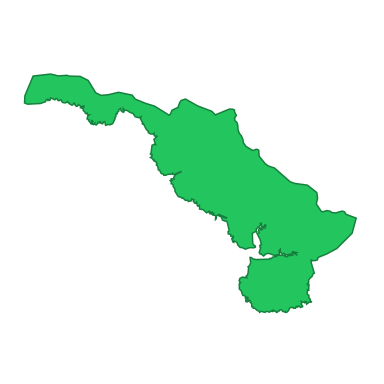 outline of Rull, Federated States of Micronesia, rotated 87°
{"feature_id": "79324940B71932148328417", "entity_name": "Rull", "entity_type": "district", "adm_level": 2, "iso_a3": "FSM", "parent_name": "Federated States of Micronesia", "parent_adm1": "", "projection": "albers", "projection_center": [138.096, 9.488], "detail": "fine", "context": "isolated", "style": "filled", "palette": "green", "viewbox_px": 384, "rotation_deg": 87, "n_neighbors": 0, "source": "geoboundaries", "source_scale": "gbopen_adm2", "svg_char_len": 6039}
<svg xmlns="http://www.w3.org/2000/svg" viewBox="0 0 384 384"><g transform="rotate(87 192 192)"><path d="M94.3,354.6L95.7,351.6L95.7,338.8L94.2,333.6L92.2,332.6L91.8,331.7L93.0,331.1L92.2,330.2L93.1,329.8L92.8,329.0L90.7,328.1L92.8,324.1L91.5,322.8L92.1,321.7L93.5,321.2L93.9,320.1L93.0,318.2L95.6,316.8L96.1,315.7L96.4,313.9L95.9,312.3L95.1,311.8L96.6,310.7L96.5,310.0L97.5,309.8L98.9,307.7L98.9,306.6L97.1,305.4L97.2,304.6L98.7,304.4L100.4,303.0L100.3,301.8L98.7,300.8L100.4,298.8L102.0,299.0L102.0,298.4L100.9,298.2L101.1,297.6L103.2,297.8L101.1,297.1L100.3,296.2L100.6,295.2L103.0,296.3L104.9,296.4L106.5,294.8L107.9,294.3L108.4,293.2L107.8,292.6L110.3,291.9L109.5,291.3L109.5,290.4L110.9,292.2L113.5,293.0L114.3,291.5L113.8,290.9L115.1,291.6L118.8,289.1L118.2,288.2L115.3,288.5L115.5,287.8L116.5,287.4L117.0,288.0L119.2,287.7L119.5,286.7L118.2,285.5L119.4,285.5L120.0,284.0L118.2,282.1L117.4,282.1L118.1,281.1L117.0,279.9L118.5,279.5L119.2,278.2L119.1,277.5L117.3,276.9L117.1,275.5L120.9,274.8L120.2,271.9L120.6,270.6L119.6,267.6L114.8,265.0L113.6,265.2L112.6,264.0L110.4,264.0L109.9,262.5L108.6,262.4L107.3,260.8L106.1,260.9L104.8,259.1L107.1,258.6L108.8,256.7L108.3,255.6L106.5,256.4L105.0,256.3L106.7,255.2L107.2,252.5L109.2,249.9L110.6,246.7L113.9,244.8L115.1,240.7L114.1,238.9L116.0,239.7L120.8,237.5L121.2,238.1L121.6,237.9L121.4,236.9L126.7,234.6L129.6,232.2L130.5,232.5L131.9,230.2L132.1,227.6L131.3,226.8L133.7,226.8L134.2,226.2L134.3,223.4L135.2,225.3L135.8,225.2L137.4,227.3L142.9,225.9L142.4,227.5L143.3,229.5L151.1,230.9L151.8,231.6L152.6,230.9L152.6,229.9L154.4,230.3L155.4,231.7L156.4,229.9L158.2,228.9L158.1,228.1L159.4,228.0L159.6,226.4L161.2,226.1L161.9,225.2L163.1,226.2L164.5,224.9L168.3,224.4L168.5,223.3L171.9,221.8L172.7,219.7L173.7,219.4L174.0,217.4L173.1,215.4L173.1,212.1L172.2,210.4L173.4,210.3L173.6,209.0L171.3,203.3L171.0,201.2L173.9,207.6L176.5,209.5L178.1,209.1L177.7,212.0L178.7,212.3L179.5,211.5L179.5,213.1L181.3,212.0L182.6,212.4L183.4,210.5L185.7,210.5L188.0,208.9L190.3,209.0L195.8,206.0L197.0,202.7L197.8,202.2L197.5,201.3L200.0,199.1L200.1,196.5L201.3,196.2L200.8,193.2L198.9,192.7L199.9,190.5L201.1,191.3L203.4,189.8L203.5,189.2L202.2,187.9L205.6,187.5L206.5,186.8L205.7,185.3L209.5,185.3L210.2,181.8L213.6,178.5L212.1,176.1L213.1,176.1L213.0,174.3L213.9,175.6L214.6,175.2L213.9,174.7L213.8,173.1L214.4,171.4L215.3,171.9L214.8,172.4L215.2,173.4L216.3,172.1L216.1,171.2L217.2,169.5L220.7,170.0L220.1,169.3L217.2,168.8L216.5,168.0L216.8,166.9L216.0,166.7L215.8,166.1L219.5,158.8L219.9,159.1L219.4,161.0L217.0,164.8L217.1,166.5L218.6,164.0L221.7,163.0L222.9,160.2L222.6,159.4L223.6,158.5L231.2,157.1L233.0,157.2L233.5,158.1L235.8,158.0L236.3,155.7L238.3,155.5L238.3,153.0L241.2,153.4L239.8,153.9L240.7,154.8L244.2,153.7L244.6,152.9L243.1,152.5L244.5,149.9L247.4,149.0L249.9,146.9L250.2,144.8L251.9,141.7L250.6,137.3L251.0,133.1L250.4,131.6L249.3,131.6L247.7,133.5L246.3,134.0L236.4,133.9L234.6,130.3L235.4,129.8L235.0,129.3L234.1,130.0L232.1,129.6L228.8,125.4L228.1,125.0L227.1,125.5L226.8,124.6L229.9,124.4L230.7,123.5L230.1,121.7L228.6,121.0L229.0,120.1L229.8,120.0L230.8,121.1L230.7,122.0L231.6,121.3L231.2,123.1L233.5,124.2L233.2,125.3L231.5,125.0L231.4,126.3L233.3,127.6L236.1,126.9L236.9,129.2L242.9,126.5L248.3,125.5L248.9,127.1L251.0,126.9L251.3,126.3L255.9,128.1L257.6,127.1L257.4,126.4L259.7,123.8L257.7,121.5L257.4,119.7L257.4,118.2L259.6,113.1L259.0,108.6L258.6,107.9L254.9,108.1L253.8,106.9L256.8,107.0L258.3,104.8L258.3,102.7L259.9,102.6L259.2,96.4L258.6,95.4L256.8,94.6L257.9,90.7L258.1,91.4L259.1,91.7L260.9,90.1L258.0,93.5L260.4,94.6L260.6,99.1L261.8,100.8L259.4,105.5L259.9,106.5L259.7,110.4L260.9,111.0L261.0,113.8L261.4,115.1L262.7,116.2L262.3,117.7L263.1,118.5L262.8,131.5L262.1,134.4L260.5,136.3L260.4,137.5L265.8,137.1L268.4,138.4L269.6,140.0L270.9,139.5L276.2,140.3L278.3,141.4L278.9,142.4L280.5,141.7L279.6,146.2L280.8,148.7L283.0,149.6L285.1,148.2L285.7,148.8L285.3,149.2L286.3,149.6L291.3,149.8L293.3,148.0L297.9,146.7L298.5,144.7L299.5,143.8L300.1,144.1L299.8,143.1L300.4,141.6L301.5,142.3L300.9,142.5L301.6,143.8L304.1,144.0L304.7,142.8L303.9,142.3L304.1,141.3L302.8,141.2L303.6,140.7L303.3,139.9L304.3,139.2L305.2,139.7L306.6,138.3L309.7,138.3L309.8,137.4L311.1,137.1L311.6,135.1L313.7,133.1L314.5,131.3L315.7,130.8L314.8,129.1L316.0,125.7L315.1,123.4L316.1,120.8L315.1,119.7L315.5,118.0L314.6,118.2L314.2,117.6L314.5,116.6L315.2,116.6L315.4,114.6L316.5,114.2L316.7,113.3L315.5,112.2L315.4,111.1L314.3,110.5L314.3,108.8L316.2,107.5L316.3,105.5L317.0,105.4L317.2,103.8L315.4,101.7L313.1,100.6L312.5,99.5L312.6,97.1L313.3,96.9L313.5,95.5L313.5,94.7L312.3,94.3L311.9,93.5L312.4,93.3L312.4,92.4L311.6,92.0L311.6,90.7L313.0,89.8L312.4,87.6L311.6,87.5L309.5,88.9L308.3,88.0L307.1,88.6L307.9,86.9L307.7,85.5L308.6,85.1L308.4,84.6L307.4,85.0L307.4,83.6L310.0,83.4L308.1,80.6L308.3,78.9L307.7,78.5L307.3,79.3L304.6,79.9L304.2,80.7L301.3,80.7L300.4,81.9L299.0,82.3L296.6,81.9L296.3,80.7L295.5,81.4L295.5,80.5L292.3,80.3L291.8,80.8L291.4,80.1L290.3,80.0L289.9,81.7L288.1,80.1L286.3,80.3L284.2,78.7L282.9,76.7L279.9,75.3L279.5,74.1L269.1,76.6L266.3,76.7L266.3,75.9L266.9,75.7L266.9,72.3L266.3,70.2L264.0,69.6L260.9,60.7L256.0,50.3L241.6,34.3L226.7,29.4L222.3,39.4L219.8,40.7L218.9,42.9L220.4,49.6L219.9,53.3L218.5,54.9L217.6,58.3L218.6,62.6L218.2,63.8L210.5,68.5L204.9,66.9L199.1,67.4L191.2,76.4L188.8,88.9L186.9,93.5L172.4,108.3L170.0,114.4L167.6,117.4L159.9,123.0L153.8,123.2L152.9,124.3L152.7,125.8L153.7,128.4L153.1,130.1L149.2,135.8L145.2,138.2L142.1,138.4L138.3,139.9L135.8,141.7L132.5,142.7L127.6,142.8L124.8,143.5L122.9,145.4L120.6,145.6L117.8,143.7L114.4,145.2L112.2,145.4L111.5,146.9L111.1,150.2L116.2,164.7L112.5,167.9L106.3,181.9L98.8,193.7L100.0,198.0L101.9,199.6L106.7,201.5L109.3,207.7L113.3,209.6L113.9,211.1L104.2,225.0L101.1,233.6L96.3,243.8L92.1,246.7L88.6,260.2L90.5,270.7L90.7,278.0L87.8,283.0L75.2,289.8L70.7,297.6L69.8,308.8L68.9,310.8L69.1,319.4L66.8,327.1L67.9,344.6L87.0,353.8L94.3,354.6Z" fill="#22c55e" stroke="#15803d" stroke-width="1.5"/></g></svg>